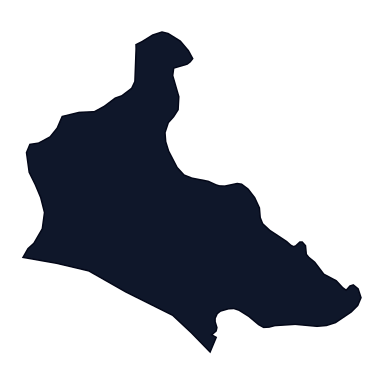 map outline of Vlasenica (Robinson projection)
{"feature_id": "BIH-4805", "entity_name": "Vlasenica", "entity_type": "state/province", "adm_level": 1, "iso_a3": "BIH", "parent_name": "Bosnia and Herzegovina", "parent_adm1": "", "projection": "robinson", "projection_center": [19.204, 44.258], "detail": "fine", "context": "isolated", "style": "filled", "palette": "ink", "viewbox_px": 384, "rotation_deg": 0, "n_neighbors": 0, "source": "natural_earth", "source_scale": "10m", "svg_char_len": 1366}
<svg xmlns="http://www.w3.org/2000/svg" viewBox="0 0 384 384"><path d="M192.7,58.6L190.2,61.8L187.2,64.1L173.7,68.1L172.7,75.6L178.8,96.7L178.1,109.7L173.6,116.7L168.3,122.6L165.0,132.6L165.7,141.7L168.6,151.1L177.1,167.5L184.0,175.0L191.8,178.1L208.2,181.3L216.1,184.9L219.4,185.9L224.8,186.1L237.2,183.5L241.6,184.2L248.1,189.1L254.7,197.7L259.4,207.9L260.2,217.6L262.6,223.7L269.8,230.4L286.6,241.5L290.7,245.2L293.4,246.6L295.6,246.0L299.9,242.0L302.2,242.0L305.5,245.7L306.3,254.3L308.7,257.3L314.7,262.2L321.6,271.3L323.8,274.2L336.3,280.8L342.6,287.6L346.1,290.2L347.5,288.8L349.9,286.0L353.3,284.9L358.1,288.8L361.0,297.7L357.7,305.5L351.2,312.0L335.5,322.6L326.4,325.5L317.0,326.3L295.2,324.3L274.8,325.6L269.1,327.1L263.6,327.4L258.6,324.6L248.7,316.3L239.0,310.2L233.9,308.5L228.4,308.8L220.4,311.1L217.2,313.7L215.1,318.3L215.1,321.7L216.9,327.6L216.1,331.0L211.7,334.8L216.2,337.4L210.1,352.0L191.3,332.7L172.7,315.3L126.1,292.1L88.8,270.9L56.2,263.2L23.0,257.4L28.0,248.6L33.2,243.9L34.0,243.1L42.3,228.8L44.5,212.5L40.7,197.5L35.3,184.6L29.2,172.3L26.5,152.6L29.9,144.4L38.6,143.1L50.1,136.9L57.2,128.1L62.2,116.5L79.1,112.4L94.4,111.7L104.3,106.3L115.2,98.1L121.8,95.8L131.7,88.3L134.9,81.5L136.1,48.8L136.0,44.6L142.1,41.6L152.7,35.0L162.0,32.0L168.1,33.5L180.3,41.1L188.4,50.7L192.7,58.6Z" fill="#0f172a" stroke="#020617" stroke-width="1.5"/></svg>